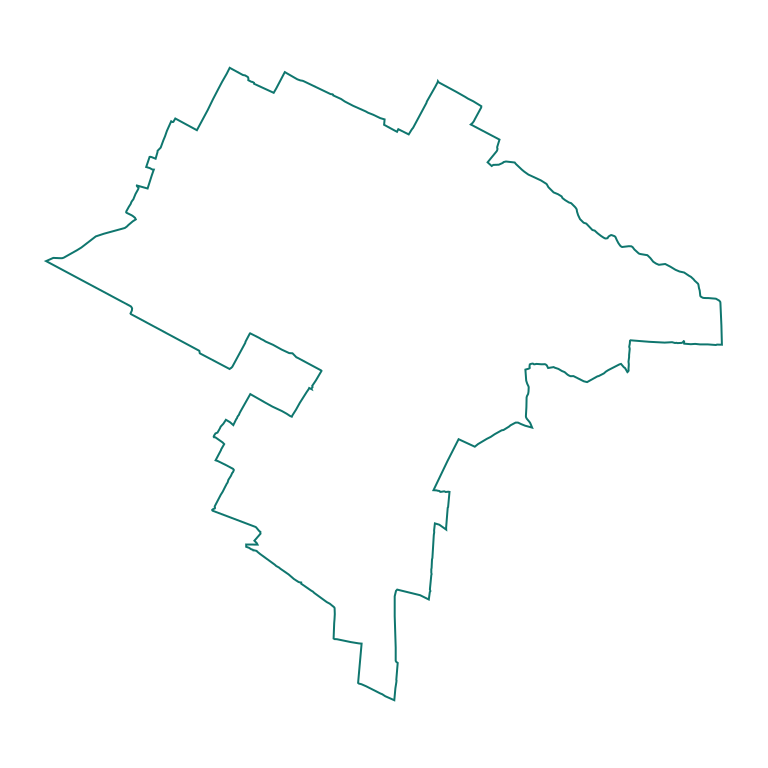 Jiana, Mehedinti, Romania (Albers equal-area conic projection)
{"feature_id": "2599482B91903527279634", "entity_name": "Jiana", "entity_type": "district", "adm_level": 2, "iso_a3": "ROU", "parent_name": "Romania", "parent_adm1": "Mehedinti", "projection": "albers", "projection_center": [22.719, 44.37], "detail": "fine", "context": "isolated", "style": "outline", "palette": "teal", "viewbox_px": 768, "rotation_deg": 0, "n_neighbors": 0, "source": "geoboundaries", "source_scale": "gbopen_adm2", "svg_char_len": 6073}
<svg xmlns="http://www.w3.org/2000/svg" viewBox="0 0 768 768"><path d="M394.3,700.2L395.4,688.2L396.4,681.8L396.5,680.3L396.3,679.9L397.7,662.9L396.3,661.9L395.7,660.8L395.7,647.6L394.7,616.0L394.7,596.3L396.0,590.9L397.2,589.6L420.1,595.2L428.8,599.5L429.8,592.1L430.4,591.1L429.9,589.4L431.3,575.1L431.6,574.1L431.3,572.7L431.3,569.3L431.6,567.9L432.0,559.4L432.4,558.0L433.8,534.9L434.2,532.5L434.1,530.4L434.9,523.4L439.3,524.7L446.2,529.6L446.1,527.9L447.7,507.8L448.1,507.1L449.5,491.9L448.3,491.7L445.7,492.0L444.5,491.4L443.7,491.4L440.6,491.9L440.0,491.7L439.6,491.1L438.9,490.9L437.5,490.7L436.7,490.4L433.5,490.2L447.5,461.0L458.6,439.2L474.8,446.7L478.0,444.1L486.9,438.8L490.7,436.9L494.7,434.2L501.7,430.3L503.5,430.0L509.0,426.6L510.5,425.3L515.6,422.6L518.0,422.6L520.9,424.0L525.1,425.7L532.1,427.6L530.3,423.2L529.6,422.1L526.7,418.6L526.0,417.1L525.9,416.1L526.4,407.1L526.6,397.4L527.0,396.0L528.1,394.0L528.5,391.7L528.7,387.3L528.5,386.4L527.2,383.7L526.2,380.6L525.4,369.6L528.6,368.7L529.6,368.2L529.7,367.7L529.5,366.4L529.8,364.4L530.6,364.0L532.3,363.6L533.1,363.7L533.7,364.2L534.6,364.3L536.4,363.9L541.7,364.3L544.9,364.2L545.7,364.5L546.8,365.4L548.1,368.0L553.7,367.1L554.5,367.6L558.4,368.9L561.9,371.0L564.6,372.1L567.6,374.7L569.3,375.7L570.6,376.2L573.5,376.1L583.8,381.3L587.1,382.1L597.5,376.3L598.6,376.1L603.9,373.4L605.9,371.6L608.3,370.1L619.4,364.4L621.0,363.9L623.9,367.3L624.9,367.9L625.3,368.5L627.4,372.1L628.2,371.4L628.6,370.6L628.5,368.8L628.7,366.4L628.8,364.2L628.5,361.7L629.1,357.1L629.1,355.0L629.7,349.1L629.6,348.0L629.2,346.9L629.8,343.6L630.0,340.8L630.5,340.3L649.3,341.8L664.6,342.6L672.1,342.2L675.0,343.0L676.5,342.8L677.3,343.1L681.8,342.9L683.1,342.0L683.7,341.2L684.1,341.4L684.1,343.3L684.1,343.6L684.5,343.7L690.8,344.2L695.2,343.9L700.0,344.4L707.7,344.4L715.9,345.0L717.0,344.6L721.9,344.7L721.4,325.4L720.4,302.7L720.2,301.8L719.2,300.6L715.9,298.7L708.7,298.1L704.1,298.0L702.6,297.7L700.8,296.6L700.3,295.9L699.7,290.5L699.0,288.2L698.4,284.6L698.0,283.7L694.7,280.7L693.6,279.3L690.9,276.8L689.2,275.9L684.1,272.5L679.5,271.5L675.5,269.8L670.4,266.7L665.2,264.0L658.9,264.8L656.1,263.6L653.2,261.7L650.3,258.0L647.4,255.2L640.2,254.0L638.8,253.5L634.4,249.5L632.6,247.1L631.3,246.3L628.8,246.2L622.1,247.0L621.0,246.4L620.3,245.8L618.5,243.3L616.8,240.1L615.5,237.1L614.6,236.2L611.6,235.1L610.7,235.2L608.6,236.5L607.5,238.2L605.8,238.5L605.1,238.4L603.7,237.7L601.1,236.0L597.5,233.2L594.7,230.6L592.4,230.0L586.3,223.6L583.6,222.7L580.0,219.1L578.1,215.1L577.0,211.6L576.7,209.5L576.3,208.7L575.3,207.3L571.6,203.6L571.0,203.1L569.0,202.5L565.1,200.1L562.5,198.1L561.6,196.4L558.0,194.2L553.6,192.4L548.4,187.2L546.8,184.3L546.3,183.8L540.9,180.4L528.4,174.6L524.2,171.6L521.8,169.6L515.9,164.0L514.7,162.5L506.0,161.5L503.5,162.1L502.8,162.9L498.8,164.7L493.3,164.9L491.7,166.0L487.6,162.3L496.7,151.2L497.2,150.2L497.5,148.8L497.2,148.0L497.2,147.0L499.5,139.6L470.8,124.5L472.5,123.0L473.8,121.3L474.9,119.1L481.2,107.5L481.3,106.2L473.3,101.3L467.9,98.6L465.2,96.9L456.2,91.8L438.6,82.3L437.9,81.2L437.6,82.3L435.1,87.0L426.8,101.6L426.5,102.8L413.1,127.8L411.8,129.4L408.7,134.4L398.3,129.2L397.0,131.8L384.1,124.8L384.6,119.4L380.2,118.1L373.1,114.7L368.0,112.7L365.7,111.4L353.1,105.8L344.8,101.5L341.1,99.0L333.2,95.4L333.1,94.7L332.5,94.3L330.6,94.1L303.9,81.3L302.7,80.8L300.3,80.4L297.3,79.3L284.8,72.1L276.2,88.5L273.7,92.8L254.1,83.8L254.0,82.8L252.4,81.9L251.4,81.8L248.3,80.2L248.4,78.6L248.1,77.5L247.8,77.0L245.1,75.4L242.9,75.0L229.7,67.8L226.8,73.6L222.1,81.8L218.2,89.2L212.9,99.4L207.8,109.9L196.9,130.2L175.3,118.5L173.4,121.8L173.0,122.0L172.3,122.0L171.2,121.3L166.9,130.9L165.0,136.4L163.4,140.2L160.7,147.6L157.6,150.8L157.5,152.1L155.6,158.7L151.6,157.1L150.3,156.8L149.6,156.9L146.2,167.0L149.8,168.1L152.3,169.5L153.8,169.6L151.8,175.3L147.6,188.5L136.9,185.5L136.8,185.8L137.2,186.5L138.5,187.7L138.5,188.2L138.0,189.5L135.5,194.0L133.3,199.4L132.3,200.6L131.3,202.2L130.6,204.1L128.9,206.7L126.3,211.4L126.2,212.4L126.6,212.8L131.7,215.3L133.2,216.3L135.0,217.8L135.8,219.4L132.8,221.3L128.4,225.0L126.8,226.6L124.8,228.0L104.0,233.7L95.8,236.4L81.4,247.5L77.2,250.1L63.7,257.7L62.1,258.2L60.3,258.2L53.3,257.9L46.1,261.1L130.5,306.2L131.1,306.6L132.1,308.3L131.9,310.5L130.5,313.5L130.9,314.1L199.3,350.8L199.8,353.3L229.6,369.0L230.6,368.2L231.1,368.0L232.3,366.8L245.3,342.8L245.5,341.7L249.9,333.4L250.1,333.3L260.0,338.3L260.6,338.8L263.5,340.2L265.5,341.5L273.0,344.8L281.7,349.6L289.2,353.1L292.5,353.3L296.5,357.4L297.0,357.5L321.1,370.4L321.5,370.9L315.9,380.4L312.2,385.9L312.5,386.8L312.5,387.3L311.6,388.3L311.4,388.7L311.6,389.2L309.2,388.0L308.7,389.1L306.7,392.0L299.9,402.7L296.0,409.7L292.5,415.2L291.8,416.7L290.1,416.0L286.8,413.8L282.0,411.1L272.4,406.6L265.2,402.6L250.3,394.1L241.7,409.3L239.7,412.9L238.9,414.9L238.1,415.8L237.4,416.9L236.9,418.4L236.3,419.0L233.3,425.1L230.0,422.2L225.9,419.8L223.4,423.7L220.7,426.6L219.9,428.4L217.5,432.6L215.5,433.4L214.3,435.2L213.7,436.5L213.8,437.0L214.1,437.3L215.0,437.2L215.6,437.5L222.7,442.5L224.2,444.1L221.1,449.5L221.0,450.1L215.6,460.3L217.9,461.1L225.8,465.0L233.1,468.9L233.8,469.8L233.8,470.2L233.0,472.1L232.2,473.0L230.9,475.9L228.4,479.8L227.6,482.5L226.4,484.3L225.9,485.5L225.5,486.1L222.7,491.7L220.8,494.7L214.7,506.4L215.0,508.0L214.7,508.5L213.3,509.0L212.2,509.9L212.3,510.4L212.8,510.8L255.7,527.0L256.5,527.8L259.0,530.8L260.4,531.9L260.3,532.5L260.5,533.7L254.4,540.7L256.8,543.2L257.5,544.6L246.2,544.5L246.2,546.8L249.0,547.8L251.1,549.2L252.9,549.8L253.3,550.4L254.1,550.3L256.6,550.9L257.3,551.7L260.1,554.0L274.8,564.7L276.2,566.0L279.1,567.6L280.2,568.6L288.6,574.4L293.9,579.0L298.4,581.9L299.4,582.3L301.2,582.5L301.2,583.7L311.3,590.7L312.9,591.6L314.2,592.9L326.8,602.1L329.8,603.7L334.2,607.3L334.6,608.1L334.8,614.1L334.5,619.4L334.2,623.0L333.6,638.5L334.6,639.1L336.9,639.2L350.9,642.1L358.9,643.4L361.6,643.6L358.1,682.9L358.9,683.6L361.4,684.2L366.2,686.3L380.4,693.5L382.2,694.2L385.2,696.2L394.3,700.2Z" fill="none" stroke="#0f766e" stroke-width="2"/></svg>